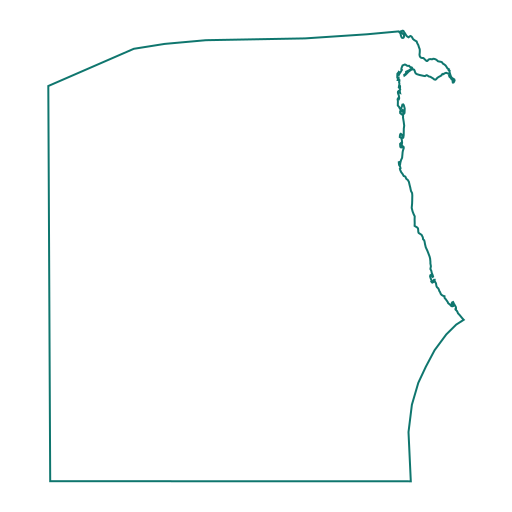 outline of Shallatin, Al Bahr al Ahmar, Egypt
{"feature_id": "37247803B26246524516343", "entity_name": "Shallatin", "entity_type": "district", "adm_level": 2, "iso_a3": "EGY", "parent_name": "Egypt", "parent_adm1": "Al Bahr al Ahmar", "projection": "natural_earth1", "projection_center": [35.577, 23.072], "detail": "fine", "context": "isolated", "style": "outline", "palette": "teal", "viewbox_px": 512, "rotation_deg": 0, "n_neighbors": 0, "source": "geoboundaries", "source_scale": "gbopen_adm2", "svg_char_len": 5502}
<svg xmlns="http://www.w3.org/2000/svg" viewBox="0 0 512 512"><path d="M463.7,319.8L463.3,319.4L461.8,317.7L459.7,315.1L458.0,313.3L457.4,311.8L456.8,310.8L455.7,309.8L455.4,309.1L456.0,308.7L456.0,307.8L455.7,306.7L454.9,305.4L454.2,304.1L453.5,303.6L453.6,303.0L453.1,302.0L452.2,302.4L451.8,303.1L451.7,304.1L452.1,304.2L452.7,303.8L453.3,304.2L453.6,304.8L453.7,305.4L453.3,306.0L452.3,306.3L451.4,306.1L450.5,305.2L450.1,304.7L448.2,303.2L447.6,301.8L446.5,300.3L445.6,299.0L444.8,298.3L444.5,297.5L444.5,296.2L443.3,295.9L441.7,295.0L440.8,294.0L440.0,292.0L439.4,291.2L439.0,290.0L438.3,288.4L437.4,287.6L436.9,287.1L436.4,285.9L436.0,283.4L435.2,282.0L434.7,280.9L434.5,280.4L434.6,279.8L434.0,279.8L433.9,280.0L433.7,280.2L433.5,280.6L433.5,281.6L433.5,282.0L432.9,282.3L432.9,281.4L432.3,281.7L431.7,282.1L431.4,281.7L431.9,281.4L431.5,280.4L430.7,278.4L430.1,276.5L430.3,275.3L431.1,274.8L431.8,274.9L432.1,276.2L432.6,276.9L433.1,276.6L432.9,275.9L432.4,274.4L431.8,273.1L431.3,270.8L430.4,269.0L430.9,266.2L430.4,263.5L430.4,261.7L430.1,258.6L429.6,256.6L428.1,252.6L427.3,250.6L425.8,247.4L425.0,244.1L424.6,241.8L424.2,240.3L423.1,239.3L422.8,237.3L421.6,234.9L420.3,234.0L418.7,233.0L418.3,231.9L418.2,230.1L418.0,228.4L417.1,227.4L416.2,226.9L414.6,225.9L414.7,223.2L414.6,219.4L414.7,216.3L413.7,214.3L412.6,211.5L411.7,207.9L412.1,203.6L412.2,200.8L412.3,195.4L412.1,193.1L411.0,191.0L410.4,188.3L410.4,188.1L409.6,185.0L408.9,181.9L407.9,180.1L406.2,178.7L405.5,176.9L404.8,176.3L403.7,176.0L402.6,174.0L401.2,172.2L400.2,170.0L399.9,168.8L400.5,168.3L400.3,167.2L399.8,166.1L399.1,165.0L398.9,163.6L398.8,162.2L399.4,162.0L399.7,162.8L399.7,163.9L399.8,164.8L400.0,164.9L400.2,164.0L400.3,162.9L401.0,160.2L402.1,157.8L402.4,154.7L402.6,152.3L402.9,150.7L403.7,148.3L403.7,147.1L403.0,146.4L402.6,146.1L402.2,146.3L401.8,147.4L400.9,147.4L400.3,146.8L400.1,143.9L400.4,143.6L400.7,143.3L401.1,144.0L401.0,145.1L401.4,145.6L401.7,145.4L402.1,142.7L401.8,139.8L401.1,137.7L399.8,137.1L399.9,135.8L400.2,134.3L400.8,133.8L401.8,134.6L402.3,135.9L402.4,136.8L402.6,137.8L402.9,137.9L403.3,137.5L403.7,135.2L403.8,128.6L404.2,125.7L403.7,121.8L403.0,117.5L403.1,116.4L403.0,115.2L402.1,114.6L401.0,113.8L400.2,113.1L400.1,111.6L400.5,110.6L401.1,110.7L401.6,111.5L402.1,111.5L402.2,110.6L402.7,110.0L403.4,110.6L403.6,111.8L403.4,112.6L403.2,113.5L403.7,114.0L404.5,113.0L404.6,111.2L404.7,108.5L404.2,106.6L403.8,105.2L403.2,104.4L402.4,104.6L401.9,106.5L401.4,107.6L401.1,108.6L400.6,109.1L400.1,108.9L399.5,107.9L399.0,106.8L397.8,105.5L397.9,101.1L397.6,99.2L398.1,98.4L398.4,98.8L398.9,99.1L399.2,98.2L399.0,96.6L398.7,95.0L398.3,94.1L397.9,92.8L398.0,91.7L398.5,91.1L399.0,91.6L399.5,92.6L400.1,92.9L399.8,91.5L399.8,90.2L400.2,89.6L399.9,88.4L400.1,86.9L400.0,86.2L399.3,86.3L399.4,87.4L399.3,87.9L398.8,87.5L399.0,86.1L399.4,84.1L399.3,82.9L399.0,82.0L399.4,81.2L399.4,79.9L398.9,79.4L398.4,80.0L397.8,80.0L397.7,80.0L398.0,78.8L398.3,78.5L398.6,78.3L398.6,77.6L397.3,77.5L397.3,75.6L397.4,73.7L397.9,73.1L398.1,73.7L398.2,74.6L398.8,75.0L399.4,73.8L399.2,73.1L399.1,72.1L399.5,72.3L400.2,72.6L400.9,71.6L401.5,70.4L401.8,70.1L401.9,69.9L401.3,69.3L401.5,68.2L402.0,66.8L402.6,65.4L403.3,65.2L403.6,65.0L404.9,64.5L405.9,64.9L406.8,65.6L407.9,65.9L409.1,65.8L409.7,66.6L410.3,67.1L411.2,67.3L411.8,67.5L412.2,68.0L412.3,68.4L412.0,68.9L410.9,69.1L409.9,69.7L408.7,70.6L408.0,70.8L406.6,71.5L406.2,71.7L406.0,71.9L406.1,72.5L407.0,72.6L406.2,73.2L405.5,73.9L404.2,74.9L404.4,75.6L405.5,74.8L407.1,73.2L408.4,71.8L410.0,70.6L410.9,69.9L412.2,69.4L413.4,69.4L414.1,69.7L414.6,70.6L415.0,72.0L415.7,73.4L417.0,74.2L419.6,75.0L423.8,75.9L425.0,76.1L425.9,75.5L426.8,75.2L428.0,75.9L428.9,76.5L430.4,76.8L431.5,77.5L433.0,78.4L434.2,79.4L435.3,79.7L436.1,79.3L437.3,77.9L438.6,77.0L439.9,76.3L441.5,75.4L441.8,74.5L442.9,73.9L443.3,74.2L443.8,73.9L444.8,73.3L445.4,73.0L446.2,72.8L447.7,73.4L448.7,73.8L449.2,74.1L449.6,74.9L449.5,75.4L449.1,75.7L449.5,76.8L450.3,77.5L450.9,78.2L451.7,79.5L452.3,79.8L452.8,80.2L452.8,80.8L452.6,81.6L452.8,82.5L453.5,82.5L454.1,81.7L454.6,80.4L454.3,79.4L453.5,78.9L452.2,78.1L451.3,77.1L450.6,75.6L450.2,74.3L449.8,73.0L449.5,71.7L449.6,70.7L449.1,70.5L448.6,70.2L448.5,69.7L448.8,69.2L447.4,68.3L446.8,67.3L445.6,65.5L444.1,64.3L443.0,63.7L442.4,62.9L441.9,62.2L440.8,61.8L439.7,61.6L438.6,61.4L437.9,61.2L436.9,60.2L435.9,59.5L434.7,59.0L433.7,58.8L433.1,58.8L432.5,59.2L431.7,59.3L430.9,59.1L429.5,59.2L428.7,59.5L428.2,60.0L427.8,60.5L427.4,60.9L427.1,61.0L426.8,61.0L426.3,60.8L425.6,60.1L424.7,59.3L423.5,58.1L423.0,58.0L422.3,58.0L421.2,57.8L420.6,57.4L419.9,56.5L419.6,55.4L419.5,54.3L419.7,53.0L419.8,50.9L419.7,49.2L418.9,47.1L418.3,45.1L417.5,43.7L416.9,42.4L416.7,41.5L415.5,40.8L414.3,40.1L412.9,38.9L412.1,37.3L411.4,36.5L410.5,36.0L409.8,36.3L408.6,37.3L407.7,36.8L406.6,36.0L405.6,34.4L405.0,33.3L404.2,32.3L403.9,31.7L403.4,30.9L403.0,30.8L402.6,30.7L402.0,30.9L401.3,31.3L400.8,31.3L400.5,31.5L400.5,31.8L400.5,32.3L400.8,32.5L401.2,32.3L401.7,32.5L402.0,32.9L402.3,33.3L402.9,33.9L403.5,34.3L403.9,34.7L404.0,35.8L404.0,36.6L403.7,37.5L403.4,37.7L402.9,38.0L402.0,37.8L401.6,37.3L401.3,36.6L401.0,35.8L400.7,34.8L400.7,34.1L400.5,33.6L400.3,33.2L399.8,32.7L399.3,32.2L398.8,31.5L398.6,31.4L366.8,34.3L305.0,38.4L205.9,40.2L164.7,43.9L133.8,48.8L48.3,86.0L50.2,481.2L410.8,481.3L408.5,432.1L411.9,404.7L418.3,382.8L425.8,366.8L434.6,350.2L446.3,334.4L456.2,324.6L463.7,319.8Z" fill="none" stroke="#0f766e" stroke-width="2"/></svg>